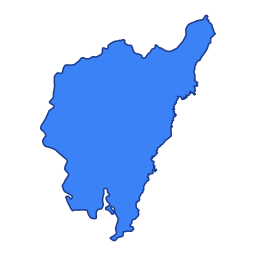 outline of Cat Tien, Lâm Đồng, Vietnam
{"feature_id": "81297802B49537212124970", "entity_name": "Cat Tien", "entity_type": "district", "adm_level": 2, "iso_a3": "VNM", "parent_name": "Vietnam", "parent_adm1": "Lâm Đồng", "projection": "robinson", "projection_center": [107.427, 11.659], "detail": "fine", "context": "isolated", "style": "filled", "palette": "blue", "viewbox_px": 256, "rotation_deg": 0, "n_neighbors": 0, "source": "geoboundaries", "source_scale": "gbopen_adm2", "svg_char_len": 5817}
<svg xmlns="http://www.w3.org/2000/svg" viewBox="0 0 256 256"><path d="M208.6,20.0L207.4,20.0L206.9,19.7L206.9,18.9L207.8,16.6L207.1,15.6L206.0,15.4L205.2,15.9L203.4,19.0L202.5,19.7L197.3,20.6L194.9,21.8L190.6,23.3L188.7,24.5L187.7,25.5L186.1,28.4L185.7,30.7L186.0,32.2L186.1,35.1L183.2,40.9L176.9,48.3L170.6,51.3L168.6,51.4L166.1,50.9L163.4,49.5L161.2,48.0L159.5,47.9L157.9,46.5L157.5,45.8L156.3,45.1L155.5,45.0L155.2,45.3L155.2,47.4L154.8,48.0L151.7,49.4L149.9,52.5L147.9,54.0L145.3,57.6L144.5,58.1L143.7,58.1L142.1,57.5L141.8,55.7L141.3,55.2L138.9,54.1L136.7,53.8L134.2,52.6L133.0,49.9L132.4,47.8L131.7,45.9L130.9,45.3L128.4,45.3L125.9,44.0L124.6,42.6L124.9,40.8L123.9,39.7L122.5,39.8L121.5,40.3L119.3,40.4L117.8,41.0L115.3,41.2L113.4,41.9L109.4,44.3L108.1,45.7L108.1,47.4L107.6,48.3L107.1,48.8L106.4,48.9L103.9,47.9L102.7,48.1L102.3,50.2L102.6,52.0L101.3,54.3L100.8,54.9L99.3,55.3L98.7,55.8L96.7,56.8L95.1,57.0L93.9,56.7L92.0,57.0L91.5,57.2L90.6,58.2L88.1,58.8L85.6,58.7L83.2,57.6L81.5,58.0L80.3,59.0L80.0,60.1L74.5,64.5L71.6,65.1L66.4,64.9L65.1,65.4L64.5,66.1L63.2,68.7L62.4,72.4L61.9,73.1L61.1,73.4L57.5,72.9L57.0,73.2L54.9,75.6L54.6,76.2L54.4,77.6L54.3,82.1L54.6,85.6L54.2,89.2L53.5,92.5L53.3,97.2L52.4,98.7L49.6,101.6L49.5,102.3L50.2,103.2L53.4,105.2L54.0,106.2L54.0,106.8L53.5,107.6L49.9,110.1L49.1,110.8L45.6,118.7L41.1,126.0L40.7,128.4L41.2,129.6L42.9,130.8L44.5,132.6L45.4,134.1L45.9,135.6L43.6,138.8L42.7,140.8L43.3,143.7L44.7,145.7L45.7,146.4L50.2,147.6L53.4,148.8L55.7,150.0L58.9,153.0L66.2,159.2L67.2,160.5L67.2,161.7L65.1,166.4L64.7,169.1L65.8,170.8L68.4,173.7L68.7,175.0L65.2,180.3L63.9,183.1L62.5,185.1L62.3,186.0L63.4,189.6L64.6,191.6L69.5,194.1L72.3,196.3L72.4,196.8L72.2,197.4L71.4,198.9L71.1,199.0L70.6,198.8L69.2,197.0L67.9,196.3L66.3,196.4L65.8,197.1L66.0,198.0L66.6,199.0L67.3,201.4L70.6,208.1L72.2,210.5L72.7,210.7L74.8,210.0L79.3,210.1L83.0,209.8L86.7,210.2L87.3,210.6L88.1,213.8L90.1,217.3L92.0,218.4L94.8,218.7L95.9,218.4L96.3,218.0L96.4,217.4L96.2,212.8L97.0,210.6L97.4,210.1L98.5,209.3L101.5,208.9L102.8,206.7L103.4,204.5L102.5,200.4L102.8,197.5L103.9,193.8L103.7,189.6L104.0,189.0L104.9,188.4L106.3,188.4L107.2,189.2L107.7,192.5L109.5,194.8L109.6,195.3L109.2,195.9L107.4,196.2L106.6,197.0L106.2,197.6L106.1,199.1L107.0,201.2L109.5,203.9L109.9,204.7L109.7,205.2L109.2,205.6L105.9,207.4L105.6,208.3L105.6,209.3L108.4,210.3L109.1,210.7L109.9,211.4L111.9,214.1L112.7,214.2L113.8,213.6L114.1,212.5L113.6,211.5L111.2,208.6L110.9,207.3L111.3,206.4L113.3,207.1L113.9,207.8L114.5,209.1L115.0,212.7L117.8,217.7L118.2,218.9L118.0,220.6L115.7,227.7L115.7,229.5L116.4,232.3L116.4,233.7L113.4,236.1L110.5,237.6L110.3,237.9L110.4,238.5L113.0,240.3L114.2,240.6L114.9,240.5L115.9,239.9L117.0,238.4L118.2,237.4L121.9,236.5L122.7,236.0L123.2,235.1L123.1,232.8L123.4,232.0L127.9,231.0L131.4,231.4L133.8,229.0L132.8,227.0L132.2,226.6L130.2,226.3L130.2,225.7L130.4,224.8L131.9,222.9L131.8,220.9L132.1,220.4L133.2,219.5L134.3,219.4L135.1,219.0L137.7,216.4L138.5,215.2L138.8,214.2L138.2,211.9L138.9,210.7L138.9,210.1L138.2,209.7L136.5,207.9L136.0,206.2L136.3,205.4L136.0,204.6L136.0,203.3L136.9,202.6L136.9,201.7L137.5,201.7L137.9,201.1L139.0,200.9L139.5,200.0L139.6,199.3L139.2,198.3L139.5,197.5L139.5,196.7L140.1,196.0L141.4,193.3L142.8,192.3L143.0,190.7L143.7,189.8L143.6,188.9L143.9,188.1L143.6,187.5L143.7,186.5L144.4,185.2L144.6,184.4L145.3,183.6L146.3,182.1L147.4,180.9L148.4,180.5L148.9,179.8L148.9,179.2L148.3,178.4L148.5,177.6L147.3,176.7L148.1,176.1L148.3,174.0L148.7,173.9L148.8,174.7L149.1,174.8L150.7,173.7L152.8,173.5L153.0,173.0L152.4,170.9L152.7,170.1L153.5,170.5L154.8,170.5L154.7,171.3L155.0,171.6L155.3,171.5L155.5,170.5L156.5,170.2L156.1,169.3L154.3,169.0L153.5,168.1L153.7,167.4L154.6,167.4L154.8,166.9L154.5,166.4L154.6,165.7L153.4,165.6L153.6,164.9L153.3,163.9L153.8,162.9L153.9,161.7L153.1,161.0L151.9,160.9L151.6,160.0L150.9,158.8L151.8,158.8L152.7,158.0L152.7,157.6L152.0,156.9L152.0,156.4L152.9,156.2L153.5,156.6L154.0,156.6L154.8,155.6L155.8,155.0L156.3,153.5L157.1,153.4L157.3,152.4L156.3,151.4L156.2,151.0L157.5,150.0L157.3,148.9L158.0,147.6L160.1,146.5L160.4,145.4L160.9,145.4L161.7,144.5L162.5,144.2L163.7,142.6L164.7,141.9L165.5,140.2L166.4,139.9L170.9,136.3L171.3,135.4L170.9,126.9L171.7,127.2L172.3,126.6L171.4,124.6L171.3,123.8L172.3,122.5L172.0,120.9L173.0,120.7L173.5,120.3L173.2,118.0L174.3,116.9L174.1,115.3L174.6,115.2L175.5,116.0L176.1,115.1L175.6,113.9L173.8,113.0L173.8,112.7L174.4,112.0L174.3,111.4L173.1,110.1L172.9,109.6L173.2,109.3L174.3,109.3L174.6,109.1L174.5,108.7L173.5,108.0L173.4,107.7L174.3,106.7L174.2,105.0L175.3,104.2L175.2,103.2L176.0,103.1L176.3,102.8L176.3,101.4L176.9,100.2L177.0,99.3L178.1,98.7L177.6,96.6L178.0,96.3L179.1,96.7L180.4,96.6L181.0,97.2L181.7,99.0L182.5,99.5L183.5,99.1L183.5,97.9L183.7,97.7L184.5,98.8L185.1,98.8L185.3,98.4L185.2,97.1L185.4,96.8L185.9,96.8L186.6,97.4L186.9,97.4L186.3,95.6L186.4,94.9L187.8,95.7L188.4,95.2L189.3,94.9L189.4,94.6L189.5,93.2L190.5,93.4L190.7,93.2L190.0,91.9L190.2,91.4L192.0,92.8L193.7,93.7L194.2,94.8L194.8,94.7L195.3,94.2L195.3,93.9L194.1,93.3L193.8,92.7L195.4,90.7L194.7,89.7L195.1,88.6L195.0,87.9L194.0,86.3L195.5,85.9L196.8,86.2L197.3,86.0L197.5,85.3L196.7,84.4L197.2,84.2L197.0,83.2L197.5,82.5L196.3,82.1L196.0,81.4L194.5,80.6L195.1,79.4L194.5,78.7L195.0,77.0L194.6,76.3L195.0,75.3L194.6,74.8L194.7,74.0L194.3,73.4L194.0,72.3L194.2,70.5L194.8,69.2L194.6,68.4L194.9,67.5L194.8,66.1L195.2,65.3L195.7,65.2L195.8,65.0L195.9,63.9L196.3,62.7L197.4,61.8L198.1,60.5L198.7,60.3L199.6,60.5L199.8,59.9L200.3,59.6L200.9,58.0L204.9,52.6L207.4,48.4L208.3,44.8L209.3,43.5L210.8,42.6L210.5,40.1L210.6,39.1L210.9,38.4L212.3,36.4L213.4,35.7L215.3,33.7L215.2,33.4L214.2,33.0L213.6,30.3L212.5,27.6L212.1,25.3L210.8,23.5L209.0,22.2L208.7,21.5L208.6,20.0Z" fill="#3b82f6" stroke="#1e3a8a" stroke-width="1.5"/></svg>